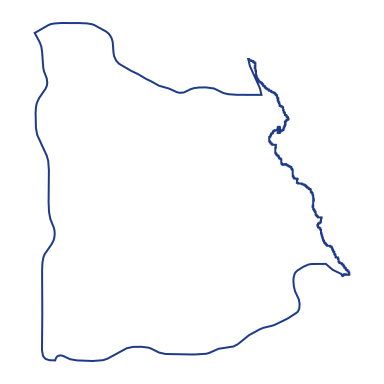 Santa Cruz de Barahona, Barahona, Dominican Republic (Robinson projection)
{"feature_id": "3306468B33433581758578", "entity_name": "Santa Cruz de Barahona", "entity_type": "district", "adm_level": 2, "iso_a3": "DOM", "parent_name": "Dominican Republic", "parent_adm1": "Barahona", "projection": "robinson", "projection_center": [-71.102, 18.188], "detail": "fine", "context": "isolated", "style": "outline", "palette": "blue", "viewbox_px": 384, "rotation_deg": 0, "n_neighbors": 0, "source": "geoboundaries", "source_scale": "gbopen_adm2", "svg_char_len": 5946}
<svg xmlns="http://www.w3.org/2000/svg" viewBox="0 0 384 384"><path d="M55.2,360.4L55.8,358.4L57.1,356.5L58.1,355.9L60.4,355.4L62.8,355.8L70.1,359.2L76.8,360.4L92.6,361.0L103.0,360.2L107.5,358.7L126.6,348.3L133.0,346.9L141.5,346.8L148.1,347.6L151.2,348.6L158.9,352.5L165.5,354.0L193.8,354.5L206.0,353.8L209.3,352.9L218.5,348.8L233.4,346.5L237.7,344.3L249.1,335.1L259.4,329.5L263.4,327.8L272.3,325.7L275.0,324.7L288.1,318.3L297.2,312.3L298.1,311.2L299.3,308.5L299.6,303.9L298.8,299.3L295.0,291.2L293.8,286.0L293.4,280.6L293.7,277.2L294.6,274.0L295.4,272.5L297.4,270.5L303.1,266.9L308.5,264.5L311.8,264.0L325.8,263.9L332.8,269.9L341.2,273.9L342.7,276.8L342.7,275.5L343.3,275.5L343.3,274.8L343.9,274.8L343.9,274.2L345.7,274.2L345.7,274.8L349.3,274.8L349.3,272.8L348.7,272.8L348.7,271.4L347.5,271.4L347.5,270.0L346.3,270.0L346.3,269.3L345.7,269.3L345.7,267.9L344.5,267.9L344.5,266.5L343.9,266.5L343.9,265.8L343.3,265.8L343.3,264.5L342.1,264.5L342.1,263.8L341.5,263.8L341.5,263.1L339.7,263.1L339.7,262.4L339.1,262.4L339.1,261.7L338.5,261.7L338.5,258.9L337.9,258.9L337.9,257.5L336.1,257.5L336.1,256.9L335.5,256.9L335.5,254.8L334.9,254.8L334.9,254.1L334.3,254.1L334.3,252.0L333.7,252.0L333.7,251.3L333.1,251.3L333.1,249.9L332.5,249.9L332.5,248.5L331.9,248.5L331.9,247.2L331.3,247.2L331.3,246.5L330.1,246.5L330.1,245.8L327.1,245.8L327.1,245.1L326.5,245.1L326.5,244.4L325.9,244.4L325.9,243.7L325.2,243.7L325.2,243.0L324.6,243.0L324.6,242.3L324.1,242.3L324.1,240.9L323.4,240.9L323.4,239.6L322.8,239.6L322.8,237.5L322.2,237.5L322.2,235.4L321.6,235.4L321.6,233.3L321.0,233.3L321.0,229.9L320.4,229.9L320.4,228.5L319.8,228.5L319.8,227.8L318.6,227.7L318.6,227.1L318.0,227.1L318.0,225.7L317.4,225.7L317.4,225.0L318.0,225.0L318.0,223.6L319.2,223.6L319.2,222.9L320.4,222.9L320.4,221.6L321.0,221.6L321.0,218.1L321.6,218.1L321.6,217.4L318.0,217.4L318.0,216.7L317.4,216.7L317.4,216.0L316.8,216.0L316.8,215.3L316.2,215.3L316.2,214.6L315.6,214.6L315.6,211.9L315.0,211.9L315.0,211.2L314.4,211.2L314.4,209.8L313.8,209.8L313.8,209.1L313.2,209.1L313.2,207.0L312.6,207.0L312.6,205.7L313.2,205.7L313.2,200.8L313.8,200.8L313.8,198.7L313.2,198.7L313.2,195.3L312.6,195.3L312.6,193.2L312.0,193.2L312.0,192.5L311.4,192.5L311.4,191.8L310.8,191.8L310.8,189.7L310.2,189.7L310.2,189.0L309.0,189.0L309.0,188.4L308.4,188.4L308.4,187.7L307.2,187.7L307.2,187.0L306.6,187.0L306.6,186.3L306.0,186.3L306.0,185.6L304.8,185.6L304.8,184.9L303.6,184.9L303.6,184.2L301.8,184.2L301.8,183.5L298.2,183.5L298.2,182.8L296.9,182.8L296.9,179.4L297.6,179.4L297.6,178.7L294.5,178.7L294.5,178.0L293.9,178.0L293.9,177.3L293.3,177.3L293.3,175.9L292.7,175.9L292.7,169.7L292.1,169.7L292.1,169.0L291.5,169.0L291.5,167.6L290.9,167.6L290.9,166.9L289.7,166.9L289.7,166.2L288.5,166.2L288.5,165.5L287.3,165.5L287.3,164.8L286.1,164.8L286.1,164.1L284.3,164.1L284.3,164.8L282.5,164.8L282.5,164.1L281.9,164.1L281.9,163.4L281.3,163.4L281.3,159.3L280.7,159.3L280.7,158.6L279.5,158.6L279.5,157.9L278.9,157.9L278.9,156.5L278.3,156.5L278.3,155.8L277.7,155.8L277.7,155.1L276.5,155.1L276.5,153.8L275.9,153.8L275.9,153.1L275.3,153.1L275.3,147.5L275.9,147.5L275.9,144.8L272.3,144.8L272.3,144.1L271.7,144.1L271.7,143.4L270.5,143.4L270.5,142.0L269.9,142.0L269.9,141.3L269.2,141.3L269.2,137.1L269.9,137.1L269.9,136.5L270.5,136.5L270.5,135.1L271.1,135.1L271.1,133.7L272.3,133.7L272.3,133.0L272.9,133.0L272.9,131.6L273.5,131.6L273.5,130.9L274.7,130.9L274.7,130.2L277.1,130.2L277.1,129.5L277.7,129.5L277.7,127.5L278.3,127.5L278.3,126.8L279.5,126.8L279.5,127.5L280.1,127.5L280.1,129.5L278.9,129.5L278.9,130.2L277.7,130.2L277.7,133.0L279.5,133.0L279.5,132.3L280.1,132.3L280.1,131.6L280.7,131.6L280.7,130.9L281.9,130.9L281.9,130.2L283.1,130.2L283.1,129.5L283.7,129.5L283.7,127.5L284.3,127.5L284.3,126.1L284.9,126.1L284.9,124.7L285.5,124.7L285.5,123.3L284.9,123.3L284.9,121.9L285.5,121.9L285.5,121.2L286.1,121.2L286.1,120.5L286.7,120.5L286.7,119.8L287.9,119.8L287.9,119.2L288.5,119.2L288.5,118.5L287.9,118.5L287.9,117.1L286.7,117.1L286.7,115.7L286.1,115.7L286.1,115.0L284.9,115.0L284.9,112.9L284.3,112.9L284.3,112.2L283.7,112.2L283.7,110.2L283.1,110.2L283.1,107.4L282.5,107.4L282.5,106.7L281.3,106.7L281.3,106.0L280.1,106.0L280.1,105.3L279.5,105.3L279.5,103.2L278.9,103.2L278.9,101.9L278.3,101.9L278.3,100.5L277.7,100.5L277.7,99.1L278.3,99.1L278.3,98.4L277.7,98.4L277.7,97.7L277.1,97.7L277.1,95.6L276.5,95.6L276.5,94.9L275.9,94.9L275.9,94.3L275.3,94.3L275.3,93.5L274.7,93.5L274.7,92.9L273.5,92.9L273.5,92.2L271.7,92.2L271.7,91.5L271.1,91.5L271.1,90.8L269.2,90.8L269.2,90.1L268.7,90.1L268.7,89.4L267.4,89.4L267.4,88.7L266.2,88.7L266.2,88.0L265.6,88.0L265.6,87.3L265.0,87.3L265.0,86.6L264.4,86.6L264.4,85.9L263.2,85.9L263.2,84.6L262.6,84.6L262.6,83.9L262.0,83.9L262.0,83.2L261.4,83.2L261.4,82.5L260.2,82.5L260.2,81.8L259.0,81.8L259.0,81.1L258.4,81.1L258.4,79.7L257.8,79.7L257.8,79.0L257.2,79.0L257.2,77.6L256.6,77.6L256.6,75.6L256.0,75.6L256.0,70.7L255.4,70.7L255.4,68.0L254.8,68.0L254.8,65.9L255.4,65.9L255.4,63.1L254.8,63.1L254.8,62.4L253.6,62.4L253.6,61.7L253.0,61.7L253.0,61.0L251.2,61.0L251.2,60.3L249.4,60.3L249.4,59.6L248.8,59.6L248.8,59.0L248.2,59.0L249.9,66.1L259.4,87.1L260.4,90.1L261.4,94.9L236.8,94.8L228.2,94.2L223.3,93.0L214.1,88.5L205.9,87.4L199.1,87.5L194.2,88.1L191.1,89.0L183.7,92.5L179.4,92.8L176.7,92.1L169.1,88.6L158.9,85.7L151.3,81.4L145.9,78.8L138.4,74.3L131.6,71.1L119.1,63.8L116.1,60.5L114.1,56.2L113.5,52.7L112.7,42.0L111.7,38.5L110.3,35.8L108.5,33.5L106.2,31.6L94.8,25.3L91.9,24.2L87.0,23.4L80.2,23.1L61.3,23.0L54.3,23.5L50.9,24.1L48.0,25.3L34.7,33.0L39.6,42.0L41.3,46.5L42.1,51.9L43.3,68.2L44.1,71.5L46.7,78.3L47.3,82.8L46.8,85.9L45.5,88.8L39.1,98.1L36.9,102.8L36.1,106.4L35.6,112.1L35.9,127.5L37.2,134.9L46.8,155.8L48.2,160.9L48.9,170.5L48.6,202.1L49.0,211.9L50.4,219.2L53.8,227.5L54.5,230.7L54.7,233.9L54.4,237.2L53.6,240.4L51.3,244.7L44.7,254.1L43.4,257.4L42.4,262.9L42.1,270.6L42.3,313.5L42.0,350.2L42.9,355.3L43.5,356.7L45.7,359.0L49.5,360.2L55.2,360.4Z" fill="none" stroke="#1e3a8a" stroke-width="2"/></svg>